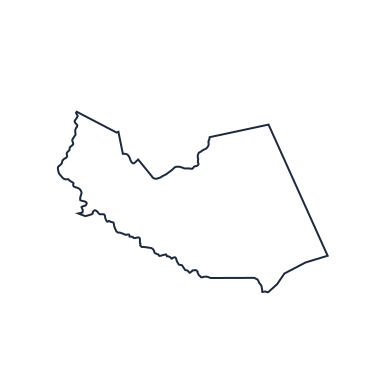 the district of San Marcos de Caiquin, Lempira, Honduras, rotated 51°
{"feature_id": "27666195B28555901802935", "entity_name": "San Marcos de Caiquin", "entity_type": "district", "adm_level": 2, "iso_a3": "HND", "parent_name": "Honduras", "parent_adm1": "Lempira", "projection": "natural_earth1", "projection_center": [-88.626, 14.387], "detail": "fine", "context": "isolated", "style": "outline", "palette": "slate", "viewbox_px": 384, "rotation_deg": 51, "n_neighbors": 0, "source": "geoboundaries", "source_scale": "gbopen_adm2", "svg_char_len": 5913}
<svg xmlns="http://www.w3.org/2000/svg" viewBox="0 0 384 384"><g transform="rotate(51 192 192)"><path d="M187.8,90.1L160.5,143.8L161.8,145.2L162.5,146.5L163.2,147.5L164.0,148.1L165.1,148.8L165.8,149.4L166.3,150.2L166.7,151.1L166.9,151.9L167.1,152.5L167.1,153.8L166.9,154.9L166.6,155.8L166.2,158.5L166.2,160.0L165.8,161.8L166.1,162.8L167.3,164.6L168.8,165.8L170.0,166.2L171.4,167.6L172.5,168.7L173.8,169.0L174.7,169.7L174.9,170.9L174.7,172.0L173.8,173.7L173.6,174.4L173.8,175.2L174.1,176.4L174.1,177.1L173.6,177.8L171.9,179.4L171.2,180.2L169.5,182.4L168.7,183.2L167.8,183.6L166.6,184.4L165.5,185.1L164.4,185.9L163.7,186.8L163.1,187.5L162.4,188.6L162.0,189.7L162.1,191.4L162.3,193.6L162.0,200.7L161.6,202.8L161.2,204.4L160.8,207.5L159.5,211.1L158.0,212.7L156.9,213.2L155.9,213.4L155.1,213.4L154.0,213.3L132.9,213.4L133.2,217.7L133.2,219.1L132.5,219.8L131.6,220.1L131.0,220.2L129.6,220.0L128.5,219.8L126.0,218.9L124.7,218.7L123.2,218.5L121.9,218.8L120.9,219.4L120.2,220.0L119.5,220.8L118.8,221.7L98.9,211.3L98.3,213.2L57.1,231.1L57.2,231.3L57.3,231.9L57.4,232.2L57.6,232.3L58.2,232.5L59.4,232.7L60.0,232.8L60.8,232.9L61.0,233.0L61.6,234.2L62.0,235.4L62.7,237.8L63.0,238.5L63.4,238.9L63.6,239.0L63.9,239.1L65.1,239.2L66.3,239.2L67.3,239.1L67.7,239.1L68.1,239.2L68.3,239.5L68.7,240.0L69.0,240.4L69.1,240.9L69.2,241.7L69.5,242.3L69.9,243.0L70.5,243.8L70.9,244.2L71.4,244.6L73.1,245.7L74.0,246.3L74.2,246.6L74.4,247.0L74.7,248.3L75.2,249.9L75.9,251.7L76.1,252.2L76.4,252.4L77.1,252.9L77.8,253.2L78.6,253.4L79.0,253.6L79.7,253.9L80.2,254.4L80.3,254.6L80.3,255.0L80.4,258.5L80.6,259.0L81.1,259.6L81.4,260.0L81.9,260.4L82.1,260.6L82.2,260.8L82.4,261.4L82.4,262.3L82.5,263.1L82.7,264.1L83.1,265.1L85.7,266.6L85.8,266.7L85.9,267.0L86.1,267.7L86.2,268.4L86.1,268.9L85.8,270.0L85.8,270.7L85.9,271.7L86.0,272.6L86.1,272.9L86.5,273.5L87.6,274.9L87.7,275.2L87.9,275.6L88.0,276.0L88.0,276.5L88.1,278.2L88.1,279.2L88.2,280.0L88.3,280.4L88.5,280.6L88.7,280.9L89.7,281.7L90.5,282.2L91.6,282.7L93.0,283.4L94.0,283.7L94.5,283.7L96.8,283.7L99.2,283.6L100.2,283.5L100.8,283.4L101.2,283.2L101.6,283.0L102.0,282.7L102.5,282.3L103.3,281.5L104.0,280.3L104.3,280.1L104.6,280.0L104.9,280.0L105.7,280.0L106.3,279.9L109.9,278.6L110.5,278.5L110.8,278.7L111.2,279.3L111.6,279.8L112.7,280.4L112.9,280.4L113.1,280.4L113.7,280.2L114.6,279.8L115.3,279.3L116.5,278.5L117.3,278.1L117.9,277.8L118.6,277.6L119.3,277.5L119.8,277.4L120.7,277.5L121.6,277.7L122.5,278.0L123.2,278.4L123.5,278.7L125.8,282.1L127.1,283.4L127.6,283.7L127.9,283.9L128.1,283.9L128.3,283.8L129.0,283.5L130.2,282.6L131.8,281.4L132.7,280.9L133.3,280.7L133.7,280.7L134.0,280.7L134.4,280.9L134.7,281.2L135.0,281.6L135.3,282.4L135.5,283.0L135.5,283.4L135.4,283.7L135.0,284.3L134.8,284.8L134.3,286.4L134.2,287.2L134.2,287.3L134.3,287.3L135.7,287.8L137.2,288.2L137.4,288.3L138.4,289.3L139.0,290.0L137.1,293.9L139.2,292.7L142.1,291.0L143.5,290.1L143.8,289.8L144.5,288.1L145.4,286.1L145.9,284.7L146.2,283.9L146.2,283.5L146.3,283.1L146.2,282.7L145.5,282.1L145.3,281.8L145.1,281.4L144.9,280.7L144.8,280.2L144.8,279.8L145.0,279.3L145.2,279.0L145.5,278.6L145.9,278.4L147.0,278.1L148.3,277.9L149.7,278.0L150.2,278.0L150.6,277.9L151.1,277.7L151.4,277.5L151.7,277.2L152.5,276.1L153.1,275.3L153.8,274.7L154.1,274.5L154.3,274.4L154.6,274.4L155.6,274.6L156.5,275.1L157.7,275.8L158.5,276.1L160.3,276.5L161.0,276.6L161.5,276.6L161.8,276.5L162.0,276.2L162.1,275.9L162.1,275.4L162.1,275.1L162.3,274.7L162.5,274.5L162.7,274.4L163.0,274.3L163.3,274.2L163.7,274.2L163.9,274.1L164.9,273.3L165.8,272.5L166.1,272.4L166.3,272.3L166.8,272.5L167.4,272.7L168.1,273.1L169.5,273.9L171.1,274.5L171.7,274.7L174.8,275.5L175.4,275.5L176.4,275.2L176.9,275.1L177.1,274.9L177.7,274.2L178.2,273.6L178.5,273.4L181.1,271.8L181.7,271.5L182.7,271.1L183.2,270.8L183.6,270.3L184.0,269.6L184.5,268.9L185.3,267.9L185.5,267.8L185.6,267.7L185.8,267.8L186.5,268.0L186.8,268.2L187.1,268.5L187.3,268.6L187.6,268.4L188.0,267.8L188.5,267.3L189.5,266.4L189.9,266.3L190.3,266.4L190.6,266.4L190.8,266.3L191.1,266.2L191.6,265.7L192.1,265.0L192.3,264.6L192.7,263.6L193.1,262.9L193.7,262.2L193.9,262.0L194.2,261.8L194.5,261.7L194.9,261.8L195.4,261.9L195.9,262.2L196.9,262.9L198.0,263.9L198.4,264.3L199.1,264.6L199.3,264.6L199.6,264.5L199.8,264.6L200.2,265.2L200.8,265.8L201.7,265.8L202.7,265.8L203.0,265.7L203.7,264.8L204.1,264.3L207.1,261.5L209.4,259.4L210.0,258.9L210.4,258.7L211.0,258.5L211.6,258.4L212.7,258.3L214.0,258.7L215.5,259.2L215.8,259.3L216.5,259.1L217.3,258.7L218.5,258.1L219.4,257.5L220.1,257.5L220.8,257.6L221.1,257.6L221.3,257.4L221.6,256.9L222.0,256.2L222.4,254.9L222.8,254.2L223.7,252.3L224.1,251.5L224.3,251.4L226.1,251.9L226.4,251.8L226.6,251.3L226.8,251.1L227.6,250.6L228.1,250.4L228.6,250.1L229.2,249.9L230.3,250.0L230.7,249.9L230.9,249.8L231.1,249.7L231.0,248.9L231.1,248.4L231.5,247.2L231.6,246.9L231.9,246.5L232.1,246.3L232.3,246.2L232.5,246.1L232.9,246.1L233.7,246.3L234.7,246.6L235.9,247.2L236.3,247.3L239.0,247.8L240.0,247.9L240.3,247.8L240.6,247.6L242.3,246.1L242.5,246.0L242.7,245.9L243.4,245.9L244.8,246.1L247.6,246.3L248.2,246.3L248.4,246.3L248.7,246.1L249.8,245.3L250.4,244.9L251.0,244.8L252.4,244.8L253.2,244.7L253.3,244.5L253.4,244.4L253.4,243.9L253.5,242.5L253.3,241.2L253.3,240.8L253.5,240.6L253.9,240.2L254.1,239.9L254.3,239.5L254.5,239.0L254.6,238.7L254.8,238.5L255.0,238.3L255.6,238.1L256.1,237.9L256.7,237.8L257.1,237.7L257.5,237.8L257.8,238.1L258.0,238.3L259.8,238.7L260.2,238.9L260.7,239.0L260.9,239.0L261.5,238.9L262.3,238.7L264.1,238.6L265.0,237.1L265.6,235.8L266.7,234.2L267.9,233.2L270.6,231.6L297.4,198.3L298.0,197.6L299.8,196.8L301.2,196.2L301.5,196.2L302.0,196.2L303.0,196.4L304.4,196.8L304.7,196.9L308.1,197.0L308.4,197.0L309.1,197.3L310.8,198.3L312.5,199.3L313.1,199.7L313.6,200.2L313.8,200.3L314.0,200.2L314.6,199.1L315.5,197.6L317.3,196.5L317.5,196.2L317.7,195.8L317.8,195.5L317.2,183.8L313.5,171.5L318.2,148.2L326.9,126.7L187.8,90.1Z" fill="none" stroke="#1e293b" stroke-width="2"/></g></svg>